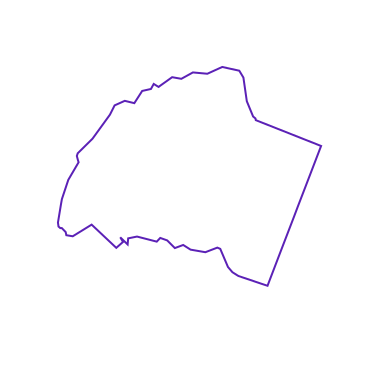 the district of Atlantic, New Jersey, United States of America, rotated 159°
{"feature_id": "52423323B94893090116384", "entity_name": "Atlantic", "entity_type": "district", "adm_level": 2, "iso_a3": "USA", "parent_name": "United States of America", "parent_adm1": "New Jersey", "projection": "albers", "projection_center": [-74.593, 39.509], "detail": "fine", "context": "isolated", "style": "outline", "palette": "violet", "viewbox_px": 384, "rotation_deg": 159, "n_neighbors": 0, "source": "geoboundaries", "source_scale": "gbopen_adm2", "svg_char_len": 902}
<svg xmlns="http://www.w3.org/2000/svg" viewBox="0 0 384 384"><g transform="rotate(159 192 192)"><path d="M98.5,140.4L84.6,155.8L55.0,188.7L106.7,236.2L106.4,237.9L107.9,240.6L108.3,257.1L103.0,280.4L104.4,288.3L119.0,297.9L135.3,296.9L148.3,303.3L161.4,301.5L169.4,306.3L185.6,302.1L189.0,306.6L193.4,302.9L202.3,304.2L214.0,295.6L222.1,301.2L233.2,300.6L240.9,293.6L265.8,277.4L284.8,269.1L286.6,266.9L287.1,262.3L287.2,260.4L303.1,247.7L316.0,232.0L318.6,227.7L328.1,211.5L329.0,207.6L327.9,205.5L326.5,205.0L324.3,199.9L324.8,196.7L319.2,193.4L297.4,197.5L282.7,167.0L274.3,170.1L275.2,175.4L270.9,166.1L268.2,171.6L259.3,170.1L242.7,158.3L238.1,160.5L232.5,155.7L228.1,145.8L219.2,145.7L214.0,138.7L201.1,131.0L188.3,131.0L186.0,128.8L185.3,109.1L183.0,102.6L179.2,97.5L178.6,96.8L160.0,81.4L155.1,77.4L129.5,105.9L105.7,132.3L98.5,140.4Z" fill="none" stroke="#5b21b6" stroke-width="2"/></g></svg>